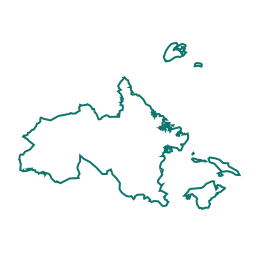 outline of Minahasa Utara, Sulawesi Utara, Indonesia, rotated 88°
{"feature_id": "22746128B90516172699691", "entity_name": "Minahasa Utara", "entity_type": "district", "adm_level": 2, "iso_a3": "IDN", "parent_name": "Indonesia", "parent_adm1": "Sulawesi Utara", "projection": "mercator", "projection_center": [124.995, 1.587], "detail": "fine", "context": "isolated", "style": "outline", "palette": "teal", "viewbox_px": 256, "rotation_deg": 88, "n_neighbors": 0, "source": "geoboundaries", "source_scale": "gbopen_adm2", "svg_char_len": 5791}
<svg xmlns="http://www.w3.org/2000/svg" viewBox="0 0 256 256"><g transform="rotate(88 128 128)"><path d="M199.3,124.9L198.3,123.8L196.6,123.4L195.1,121.1L195.0,115.2L196.5,113.8L198.3,114.5L199.3,114.2L197.7,110.8L200.4,108.4L201.7,109.1L201.8,108.1L202.9,107.1L201.8,104.4L202.4,100.2L206.9,96.4L207.3,94.9L206.7,92.4L203.2,90.3L202.9,91.2L201.5,91.6L200.6,93.6L198.9,94.1L198.4,93.6L197.9,94.2L195.2,91.2L191.7,97.2L191.9,98.5L188.2,97.2L185.7,95.4L186.4,97.0L183.5,99.6L183.3,100.7L183.3,100.0L181.1,99.6L175.8,95.4L173.1,96.2L173.7,95.5L171.0,94.6L169.4,97.1L167.4,97.3L163.4,95.7L161.3,93.0L159.6,92.2L157.4,92.7L157.2,95.1L156.6,94.0L154.0,93.6L153.6,92.7L152.0,92.0L150.6,91.9L149.1,91.4L148.8,91.5L149.0,92.2L148.8,92.4L147.6,90.5L147.8,89.0L147.1,88.7L148.0,87.6L149.8,79.4L152.2,77.8L152.1,75.8L148.0,73.8L147.1,74.2L146.2,76.4L146.2,72.4L141.5,68.6L139.2,68.1L135.6,68.6L136.4,70.7L136.0,72.3L136.7,73.1L136.0,72.8L136.4,73.7L135.6,73.5L134.4,74.7L135.8,77.2L137.6,77.2L137.7,77.7L136.7,78.2L137.1,79.6L136.1,79.8L135.2,78.5L134.2,78.3L132.5,75.3L130.3,75.1L129.0,76.5L130.9,85.1L130.0,84.5L129.1,85.0L130.3,85.9L131.4,85.4L132.3,85.6L132.7,85.9L131.5,86.0L131.7,87.5L129.8,86.9L129.2,87.7L128.8,86.6L127.1,87.1L129.3,91.5L130.9,90.3L131.5,90.6L130.7,90.7L130.2,91.8L130.7,92.7L129.8,92.5L130.7,95.2L129.7,96.3L130.1,94.6L128.6,92.3L128.6,94.5L128.4,94.9L128.1,95.0L126.9,93.2L124.3,93.5L122.5,91.8L121.1,93.0L120.5,92.6L121.0,89.2L120.1,89.9L119.8,91.4L119.3,91.1L117.2,92.8L117.3,95.9L115.9,95.5L115.0,96.6L115.4,99.7L117.3,99.3L118.0,99.7L117.2,99.5L116.6,100.3L117.6,100.8L116.5,100.9L117.7,102.7L115.3,100.6L114.6,102.1L113.7,102.2L115.3,103.1L115.6,104.5L115.2,103.3L113.9,102.8L112.5,104.6L114.2,100.9L113.9,100.0L112.8,100.4L112.5,101.5L110.7,102.5L110.4,103.8L106.9,105.2L104.7,109.3L99.8,111.7L95.7,115.8L96.1,117.0L94.5,118.7L94.9,122.3L93.6,124.1L93.8,123.4L92.4,123.2L92.4,122.1L90.0,123.8L88.3,123.5L87.7,124.1L87.0,123.9L87.0,124.5L86.7,124.0L85.1,124.4L83.7,125.6L80.4,126.2L79.8,127.6L77.2,129.7L77.5,130.6L77.9,130.0L81.9,134.0L85.7,136.3L88.3,135.4L89.6,133.9L91.1,136.7L94.1,133.9L98.2,132.3L97.8,133.8L99.8,132.8L99.9,133.6L101.4,132.7L102.2,134.6L102.5,134.1L104.9,134.7L105.2,132.6L107.2,132.3L109.9,132.9L110.2,135.1L111.1,135.8L112.2,135.7L114.5,138.0L115.0,138.0L114.6,136.2L116.5,136.4L116.2,146.2L114.9,147.6L114.5,149.5L116.3,153.4L118.2,155.0L118.3,157.1L112.8,159.0L111.1,160.7L107.9,161.3L107.8,163.1L106.7,163.2L104.1,165.4L102.8,167.8L103.3,168.4L103.9,173.3L103.2,175.0L104.7,175.1L105.5,176.2L108.9,175.6L111.6,180.0L111.7,183.2L111.0,184.8L111.8,185.7L113.6,197.1L117.7,205.1L115.8,212.1L114.5,214.5L115.3,215.3L118.4,215.4L119.8,216.7L120.5,218.8L123.1,219.9L126.5,222.5L126.4,223.8L129.2,226.8L129.4,228.1L131.3,228.7L132.1,230.7L131.8,232.1L133.0,233.2L136.1,228.3L137.0,228.0L141.6,222.6L146.1,226.8L148.2,231.9L150.9,233.6L150.9,236.3L151.7,237.0L155.8,237.8L156.3,237.0L158.6,237.0L160.2,236.3L166.1,237.2L167.5,234.4L166.7,233.9L167.5,233.5L167.5,231.5L166.8,228.8L166.0,229.8L166.2,228.0L165.1,230.0L165.4,227.4L166.2,227.1L165.2,225.5L166.7,225.0L166.9,222.4L168.6,221.9L169.4,219.1L170.5,218.8L169.4,216.1L170.6,216.7L169.4,215.1L170.1,214.5L168.4,213.6L170.8,213.7L171.1,212.7L170.2,212.9L170.1,212.4L171.8,212.4L170.2,211.2L171.1,208.6L172.9,207.2L175.7,206.2L179.1,202.9L179.6,200.6L179.0,200.5L180.8,197.5L176.4,188.1L176.3,179.1L174.5,179.5L171.9,178.0L166.2,180.0L162.5,178.8L159.7,177.0L153.9,176.8L157.4,173.0L160.7,167.2L166.5,160.9L173.1,155.2L173.2,150.9L170.5,150.3L168.9,146.6L173.8,145.1L177.5,141.6L182.8,138.0L188.7,138.6L192.4,136.5L196.0,131.8L196.6,129.2L196.2,126.9L199.3,124.9ZM127.6,95.2L128.4,96.1L128.3,97.0L127.6,95.2ZM191.9,33.4L191.1,33.4L190.4,36.0L188.2,38.1L189.3,37.6L188.0,40.2L189.1,41.4L190.4,41.2L191.8,40.0L191.1,41.4L192.3,42.1L185.8,44.0L184.5,43.8L184.1,45.6L186.4,51.5L189.2,54.4L190.5,56.8L191.0,67.4L191.7,69.1L193.7,70.2L197.7,74.2L197.9,71.9L197.1,69.8L201.5,69.4L196.5,67.5L196.4,65.8L198.3,64.5L199.2,62.5L201.3,61.3L202.9,62.0L206.6,61.7L210.5,59.6L210.4,57.5L211.4,56.9L210.8,55.5L211.2,54.8L210.3,53.6L210.5,50.4L206.8,48.6L205.6,49.3L203.6,49.4L202.3,47.3L201.3,47.3L199.4,43.2L196.2,41.6L197.3,41.6L197.4,41.0L196.2,40.1L195.9,40.5L195.1,37.7L191.9,33.4ZM62.3,84.0L58.8,78.2L58.4,75.4L58.9,73.6L57.5,70.5L55.0,72.1L53.8,72.4L51.6,75.1L50.8,78.1L52.3,80.1L49.7,78.5L47.9,76.4L47.5,74.7L44.6,76.7L45.4,81.5L48.6,84.8L52.2,87.3L58.2,89.8L61.8,88.6L61.9,87.6L62.7,87.7L62.3,84.0ZM178.6,21.9L178.9,18.2L174.8,20.1L170.0,28.4L168.5,29.1L166.8,29.0L166.3,34.2L163.0,37.4L161.5,41.5L160.3,47.1L161.4,48.6L165.0,47.6L166.6,43.0L174.5,36.2L175.1,33.8L174.5,31.5L174.9,28.7L176.3,25.0L178.6,21.9ZM49.0,71.4L49.3,68.6L48.1,67.5L47.1,67.7L45.8,71.0L47.8,74.9L49.6,76.4L50.8,75.1L51.2,72.8L50.4,71.5L49.0,71.4ZM164.4,60.6L163.4,55.2L162.4,56.3L162.2,59.5L160.8,62.8L160.7,64.6L161.5,65.2L163.9,62.9L164.4,60.6ZM152.8,84.9L150.5,85.2L149.5,86.7L150.4,87.1L149.0,88.3L149.4,89.6L151.9,89.4L153.5,91.4L154.1,87.5L153.1,87.2L152.8,84.9ZM69.2,52.5L67.0,52.0L65.9,53.6L65.5,57.3L66.2,58.6L68.6,59.2L68.2,55.3L69.2,52.5ZM54.6,71.8L57.4,70.2L54.6,67.4L53.3,70.3L54.6,71.8ZM126.7,90.9L125.7,87.0L124.5,86.4L124.0,90.1L124.6,89.7L126.0,91.6L126.7,90.9ZM178.6,35.8L178.4,34.3L178.1,35.6L175.6,36.9L176.5,38.3L178.8,38.7L179.4,37.1L178.6,35.8ZM200.0,70.1L198.6,71.1L200.2,71.9L201.0,70.9L200.0,70.1ZM52.0,69.6L50.8,68.3L50.1,68.8L50.4,69.6L52.0,69.6ZM163.2,54.3L164.2,52.5L164.0,51.3L163.3,52.2L163.2,54.3ZM151.3,91.7L151.5,91.0L150.9,90.7L150.0,91.2L151.3,91.7ZM155.8,63.1L155.1,63.6L156.5,64.6L156.7,64.3L155.8,63.1ZM126.9,83.7L127.4,82.8L126.9,82.5L126.9,83.7ZM176.8,38.7L176.2,38.8L176.5,39.4L176.8,38.7ZM52.7,69.3L53.3,69.3L53.2,68.9L52.7,69.3Z" fill="none" stroke="#0f766e" stroke-width="2"/></g></svg>